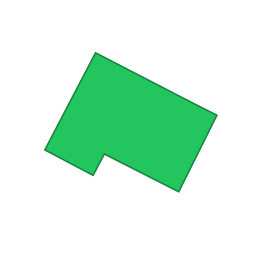 the district of Hamilton, Texas, United States of America, rotated 238°
{"feature_id": "52423323B6154390219134", "entity_name": "Hamilton", "entity_type": "district", "adm_level": 2, "iso_a3": "USA", "parent_name": "United States of America", "parent_adm1": "Texas", "projection": "mercator", "projection_center": [-98.189, 31.717], "detail": "fine", "context": "isolated", "style": "filled", "palette": "green", "viewbox_px": 256, "rotation_deg": 238, "n_neighbors": 0, "source": "geoboundaries", "source_scale": "gbopen_adm2", "svg_char_len": 261}
<svg xmlns="http://www.w3.org/2000/svg" viewBox="0 0 256 256"><g transform="rotate(238 128 128)"><path d="M47.0,137.2L91.7,210.2L112.9,197.3L209.0,140.3L153.5,45.8L106.3,73.3L118.4,94.1L47.0,137.2Z" fill="#22c55e" stroke="#15803d" stroke-width="1.5"/></g></svg>